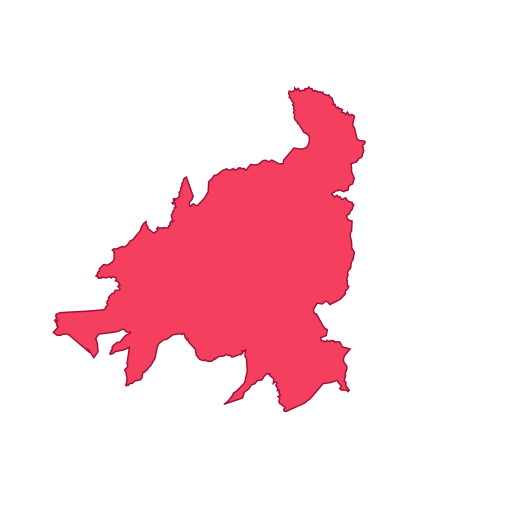 San Jerónimo Xayacatlán, Puebla, Mexico, rotated 29°
{"feature_id": "50627088B57891806628735", "entity_name": "San Jerónimo Xayacatlán", "entity_type": "district", "adm_level": 2, "iso_a3": "MEX", "parent_name": "Mexico", "parent_adm1": "Puebla", "projection": "robinson", "projection_center": [-97.931, 18.205], "detail": "fine", "context": "isolated", "style": "filled", "palette": "rose", "viewbox_px": 512, "rotation_deg": 29, "n_neighbors": 0, "source": "geoboundaries", "source_scale": "gbopen_adm2", "svg_char_len": 6122}
<svg xmlns="http://www.w3.org/2000/svg" viewBox="0 0 512 512"><g transform="rotate(29 256 256)"><path d="M383.4,291.6L375.6,293.7L371.4,290.7L369.9,291.0L366.8,292.7L366.6,293.4L365.1,292.5L362.3,293.6L361.9,295.3L359.0,295.3L358.1,297.6L356.6,297.4L354.3,298.5L352.0,296.1L356.0,291.6L354.1,285.8L351.5,285.9L348.5,284.7L337.3,277.6L334.5,277.7L332.1,274.8L332.4,267.6L337.1,265.9L339.0,261.7L341.0,261.5L344.2,262.7L350.6,253.1L352.5,246.1L351.3,243.7L351.2,242.3L352.1,240.9L351.9,237.7L349.9,237.0L347.6,233.0L346.4,232.3L345.7,227.8L344.1,226.4L343.8,223.8L344.6,220.6L342.5,215.6L342.5,212.0L340.4,205.2L335.9,202.6L333.1,197.9L328.3,192.2L327.3,189.2L327.5,187.8L323.1,178.9L319.0,179.7L316.9,178.4L315.6,176.4L317.3,173.9L316.8,171.2L317.6,168.2L316.7,166.7L317.1,165.4L316.4,163.5L315.0,163.7L314.3,162.7L309.5,163.4L306.1,161.6L304.2,164.6L303.1,164.9L301.0,163.5L299.3,164.3L297.5,163.5L296.3,166.2L292.4,165.2L292.4,163.4L293.7,162.3L293.5,161.4L294.4,160.2L296.2,159.0L296.3,157.8L301.8,157.1L302.0,155.8L304.3,154.4L304.5,152.6L303.6,151.9L303.3,149.1L305.5,146.1L304.3,140.4L299.1,136.3L294.5,129.1L298.3,125.0L298.8,120.9L300.5,118.2L299.1,111.5L295.6,107.7L296.5,105.2L296.2,103.3L294.9,103.0L290.6,104.9L287.5,104.6L280.3,96.6L276.9,94.6L274.5,86.3L273.1,85.7L270.9,85.8L269.7,87.9L266.1,85.9L266.0,88.7L263.6,88.1L260.8,88.8L260.8,86.2L258.4,86.1L257.5,87.1L255.7,86.0L254.5,87.5L251.6,85.1L249.9,86.1L249.8,84.7L245.9,81.0L243.0,80.9L241.8,79.7L240.7,80.8L236.4,81.7L235.0,80.3L234.2,81.4L232.2,81.2L231.2,82.7L229.5,82.1L228.3,83.1L227.4,82.6L226.0,84.1L223.6,82.5L222.0,83.5L220.4,82.5L219.8,84.9L217.7,85.9L218.5,87.5L216.2,88.5L214.7,90.7L212.1,88.9L211.2,89.1L211.1,91.2L208.4,90.3L209.6,92.5L207.3,95.3L205.0,95.7L205.7,97.9L207.9,99.7L208.1,101.2L210.4,101.5L212.1,103.1L215.1,104.0L214.6,106.0L217.2,107.2L217.3,108.9L219.2,110.1L219.2,112.3L221.1,113.4L222.5,116.7L225.0,118.3L227.0,118.3L227.7,119.7L230.0,120.1L237.9,124.7L241.5,124.5L244.3,125.3L246.8,129.3L247.9,134.4L247.5,136.4L246.0,138.8L243.7,140.6L236.8,143.2L233.7,159.0L235.1,162.1L231.3,164.3L224.2,164.3L222.9,164.8L221.8,167.3L218.1,167.6L216.0,169.0L213.6,174.8L210.2,177.4L207.0,178.4L206.1,182.7L206.3,184.0L205.4,185.9L203.4,185.1L201.1,186.5L199.5,186.5L198.9,187.4L198.2,187.2L197.2,189.8L195.5,191.4L194.0,190.3L191.3,193.8L189.7,194.5L188.1,193.9L185.3,197.3L182.5,204.0L180.3,205.9L180.0,209.5L178.6,214.0L183.0,222.9L182.9,230.6L180.5,239.8L179.4,240.9L175.8,240.8L174.1,244.7L173.1,244.0L171.7,241.1L172.6,237.7L172.2,234.4L156.8,220.7L155.9,222.3L155.4,224.1L156.3,226.2L156.1,228.6L157.2,230.3L157.0,232.0L158.2,235.2L158.0,237.8L158.9,238.1L159.0,239.5L160.2,241.0L159.0,244.4L156.3,245.6L156.4,246.7L157.6,245.9L158.1,246.4L157.4,247.6L157.9,249.0L156.8,250.0L158.0,250.9L159.6,249.0L160.7,251.0L162.4,252.3L161.2,253.4L162.2,255.9L161.5,257.7L162.3,258.9L162.2,261.6L165.1,264.6L167.0,265.3L166.5,266.5L165.0,266.5L164.6,268.3L165.9,271.4L165.0,272.0L165.7,273.6L163.3,275.5L161.8,275.5L161.4,276.8L159.6,277.1L158.5,278.4L156.3,278.3L156.1,280.5L157.5,280.4L157.2,282.9L156.2,283.4L156.2,284.8L154.7,285.6L148.1,284.2L147.2,282.9L144.4,281.4L143.2,279.2L142.9,279.6L142.0,281.9L141.7,286.7L142.6,289.4L140.4,301.5L138.7,303.6L138.1,308.9L136.5,312.0L134.4,312.5L131.8,315.7L131.8,316.6L127.9,319.0L127.5,320.5L129.3,320.7L130.9,322.9L133.4,327.5L133.5,330.1L131.0,335.5L129.6,336.7L128.3,336.5L126.8,337.5L125.3,343.1L126.4,345.3L125.7,346.2L125.8,348.5L126.4,349.6L125.8,351.1L127.3,350.9L129.0,351.8L131.5,350.3L131.5,349.2L135.4,347.8L138.1,345.2L139.2,344.9L140.0,345.5L140.8,343.3L144.2,343.0L145.2,344.4L145.1,345.9L147.4,345.3L151.0,347.3L151.2,347.8L150.2,348.2L150.0,349.7L152.8,350.5L153.3,351.9L149.5,354.3L149.7,357.3L148.2,358.9L147.1,363.8L148.3,365.5L147.8,367.4L148.2,369.2L150.0,370.8L149.2,373.5L149.7,375.6L148.4,377.2L135.4,385.9L112.0,400.6L109.4,404.0L110.2,404.7L109.9,405.8L111.9,406.7L111.2,410.1L112.3,410.4L113.8,408.6L113.3,411.3L115.4,412.0L115.2,413.4L117.4,414.0L115.8,421.1L116.6,421.3L120.7,421.7L123.6,420.1L124.4,418.5L128.5,415.8L130.9,415.7L155.6,420.7L154.3,419.2L155.2,419.3L163.5,423.6L164.2,416.3L160.0,409.9L156.9,406.7L155.8,406.6L156.3,400.5L168.6,391.6L171.8,388.8L175.3,384.2L179.9,385.2L182.8,383.4L183.3,383.6L182.7,385.5L180.5,388.5L178.8,397.2L176.6,398.7L174.6,403.4L174.5,406.1L175.3,406.5L175.7,407.9L175.0,408.6L176.0,409.8L175.4,410.4L175.5,412.1L176.0,412.6L176.8,412.1L178.5,410.2L179.2,408.0L185.9,402.2L189.6,397.3L195.2,412.3L197.5,415.1L196.3,419.3L198.4,420.6L203.2,426.2L203.0,427.0L204.3,429.0L204.3,431.0L204.9,432.2L205.6,432.3L205.5,431.4L206.9,431.1L207.5,428.4L209.6,427.5L210.4,424.2L214.9,420.3L215.3,418.0L213.6,412.9L215.0,411.3L215.4,408.9L216.2,408.1L216.0,406.1L217.0,403.4L217.2,394.3L213.9,384.0L213.4,380.1L215.5,374.7L218.6,371.7L221.5,365.2L227.3,360.7L229.2,360.5L230.2,359.1L231.1,358.9L234.0,362.0L235.5,361.5L236.0,363.0L237.5,362.4L239.0,364.0L248.0,366.9L251.8,371.6L256.6,373.6L259.8,373.3L261.7,372.4L262.2,371.1L263.6,371.7L265.5,371.3L268.1,369.6L269.3,367.3L269.4,365.5L270.3,365.9L272.0,362.1L276.7,358.8L277.0,356.7L279.9,356.4L281.7,355.4L282.8,355.4L283.2,356.2L285.0,355.3L289.3,350.0L290.7,349.7L290.4,348.9L291.6,347.3L289.8,345.8L291.4,345.6L292.7,342.3L292.6,343.9L295.0,349.1L297.2,350.1L304.2,360.9L307.5,372.4L304.6,383.5L302.8,386.6L303.1,389.3L301.8,397.0L299.8,401.3L312.7,387.1L313.0,385.6L311.8,381.2L314.1,375.6L314.5,371.0L316.9,368.3L317.5,364.4L321.3,361.3L321.5,356.7L322.7,353.3L324.1,353.4L325.1,352.3L326.0,353.9L331.0,354.7L332.9,359.1L333.9,356.6L336.2,356.9L336.0,359.5L339.7,361.6L339.8,363.4L341.6,362.4L342.4,364.7L344.8,365.9L343.3,368.3L345.7,368.6L346.6,372.3L348.3,373.5L353.4,373.9L355.2,374.8L354.6,376.2L355.3,377.9L357.5,377.5L369.6,361.4L372.8,353.7L376.5,335.2L382.8,330.3L387.1,325.6L393.9,328.6L393.4,331.4L395.9,331.8L400.4,329.3L401.9,330.2L402.4,329.2L402.6,328.2L397.6,326.0L395.8,322.8L393.8,322.7L392.3,317.1L390.8,315.2L390.6,312.1L389.7,309.5L388.5,308.2L384.0,306.1L382.2,303.2L381.8,300.2L383.4,291.6Z" fill="#f43f5e" stroke="#9f1239" stroke-width="1.5"/></g></svg>